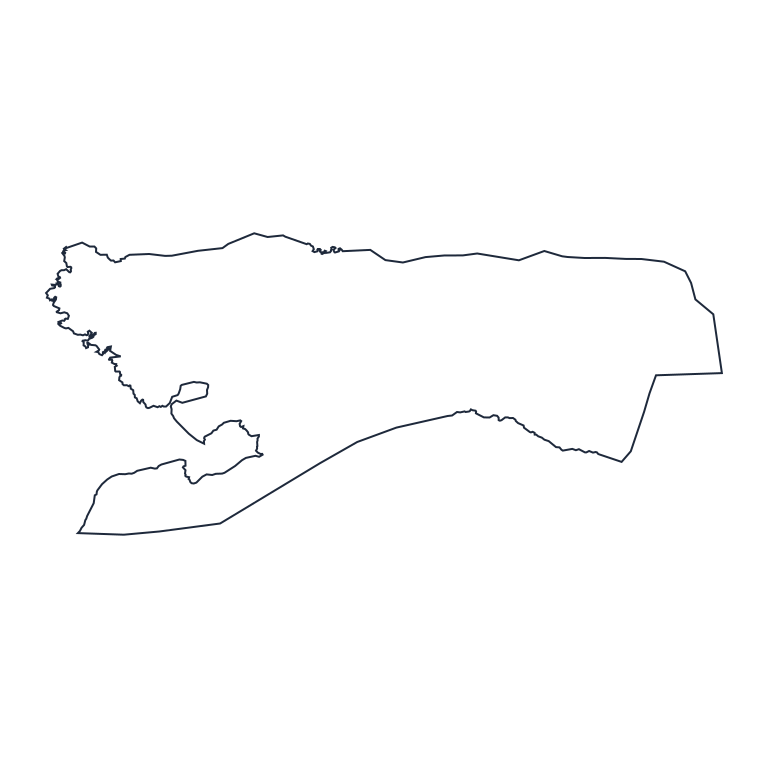 Tes, Uvs, Mongolia
{"feature_id": "93677404B95477416374821", "entity_name": "Tes", "entity_type": "district", "adm_level": 2, "iso_a3": "MNG", "parent_name": "Mongolia", "parent_adm1": "Uvs", "projection": "robinson", "projection_center": [93.296, 50.387], "detail": "fine", "context": "isolated", "style": "outline", "palette": "slate", "viewbox_px": 768, "rotation_deg": 0, "n_neighbors": 0, "source": "geoboundaries", "source_scale": "gbopen_adm2", "svg_char_len": 5963}
<svg xmlns="http://www.w3.org/2000/svg" viewBox="0 0 768 768"><path d="M77.9,533.1L123.8,534.7L159.2,531.5L220.1,523.5L320.0,463.2L357.2,442.0L396.4,427.6L447.6,416.0L452.1,415.5L457.0,412.0L460.2,412.4L464.6,411.4L465.6,412.0L469.0,411.5L469.8,411.1L470.9,409.4L472.4,410.2L475.6,410.7L476.1,411.5L475.9,413.3L483.9,417.4L489.6,417.5L493.4,415.2L497.1,415.8L498.6,417.6L498.7,420.2L499.9,420.7L501.5,420.2L505.2,417.4L507.9,417.4L509.5,418.1L513.0,418.0L515.4,419.7L515.8,421.0L518.1,423.1L523.6,425.5L524.0,427.7L529.8,432.0L530.9,432.4L532.6,431.8L534.6,432.8L534.7,434.6L536.2,434.6L538.2,436.3L541.8,437.6L544.4,439.7L548.7,441.1L556.0,447.1L559.5,447.4L561.4,449.7L562.8,450.6L572.3,448.9L575.9,450.2L578.9,449.2L585.0,452.4L586.3,452.4L589.1,451.0L593.0,452.6L595.7,452.0L597.1,452.5L598.0,453.8L599.0,454.3L621.6,461.9L630.8,451.3L644.1,411.8L649.5,393.4L656.0,375.3L721.9,373.1L713.3,314.3L695.4,299.4L691.1,283.0L685.2,271.3L664.0,261.7L641.4,259.0L625.3,258.9L605.0,257.9L584.6,258.0L567.6,257.0L562.2,256.3L544.3,251.0L518.9,260.3L477.2,253.5L462.9,255.4L444.0,255.5L425.5,257.1L402.9,262.5L385.4,260.1L370.3,249.9L342.7,251.2L341.7,249.7L340.0,248.3L338.6,248.9L338.6,250.3L339.5,250.5L338.9,251.4L335.0,252.5L334.5,252.3L333.4,249.9L335.5,248.0L334.8,247.3L332.6,246.9L331.2,247.8L331.6,249.1L330.9,250.2L331.1,250.9L330.0,252.3L326.0,252.9L325.0,252.1L325.8,251.1L324.7,250.7L324.1,251.7L324.2,252.8L322.5,252.3L322.3,253.2L322.9,253.6L322.1,254.0L321.5,253.7L321.4,252.5L320.0,251.6L319.8,250.8L320.7,249.9L319.9,249.0L317.8,249.0L317.4,249.6L317.8,250.6L317.4,251.3L314.4,252.1L312.6,251.1L313.8,249.2L313.5,248.2L312.9,246.5L311.0,245.6L309.8,243.9L307.8,243.5L306.7,244.2L285.3,236.7L283.1,235.4L267.6,237.0L254.2,233.3L228.3,243.9L222.5,248.1L198.0,250.8L171.9,255.7L165.2,255.9L149.1,254.0L129.5,254.8L125.4,257.0L124.8,258.6L120.7,259.0L120.8,261.1L115.1,262.3L113.5,260.5L111.0,260.6L109.8,259.6L107.8,257.6L106.8,254.7L100.4,254.8L96.0,251.9L96.2,248.4L94.4,246.5L89.6,246.5L82.1,242.6L66.7,247.9L66.1,247.0L63.9,248.7L64.2,249.1L65.3,248.6L64.9,249.6L65.6,250.1L63.8,250.4L63.5,250.9L64.2,251.7L62.3,251.6L65.8,253.7L62.6,252.6L62.2,253.0L64.5,256.0L64.8,257.4L64.2,261.1L66.3,263.0L66.9,266.3L67.5,267.0L70.5,266.8L71.2,267.3L71.3,268.3L70.7,269.5L71.0,271.2L70.3,272.3L69.3,272.2L66.2,269.2L64.0,270.2L61.5,270.2L60.0,271.0L57.6,273.8L58.4,276.5L59.9,277.2L60.1,277.8L58.9,278.5L57.3,278.4L56.7,279.0L58.3,279.3L57.2,280.2L57.8,281.6L60.3,282.5L60.1,283.5L60.7,284.3L60.7,286.0L60.0,286.6L58.9,286.2L58.5,285.3L58.5,283.2L56.5,283.4L56.6,284.4L55.4,284.9L51.8,284.6L52.1,285.4L55.0,286.0L55.0,287.4L54.1,288.1L50.1,288.8L46.1,293.0L47.8,295.3L46.9,297.7L49.4,298.6L50.0,300.3L51.8,299.4L52.2,300.8L52.8,300.8L53.9,299.2L54.2,297.7L55.2,296.8L56.2,297.3L55.9,299.5L53.7,302.7L53.0,305.0L53.8,306.0L59.4,308.4L59.0,310.1L56.7,311.7L56.8,312.2L60.5,313.3L64.3,312.3L67.3,313.3L68.9,315.8L67.8,318.9L65.7,318.6L64.8,319.2L64.9,319.8L64.2,320.8L62.3,320.5L58.4,322.0L58.6,322.7L60.7,322.6L61.1,323.3L60.6,323.6L58.9,323.2L58.3,323.5L58.3,324.0L60.2,325.8L64.5,328.0L66.0,328.4L68.4,327.9L73.1,331.3L73.9,333.4L77.8,334.8L80.3,334.6L83.0,335.3L85.0,334.4L86.5,335.2L87.6,334.9L88.3,333.5L87.8,331.7L89.4,330.7L91.8,332.9L89.5,336.1L89.4,336.7L90.0,336.9L93.8,334.2L94.8,332.9L95.7,332.8L95.7,334.1L93.7,335.3L93.4,336.8L92.3,337.7L89.1,338.9L88.2,340.2L87.2,340.6L85.4,340.2L82.7,340.7L82.5,341.2L83.7,342.1L83.6,345.4L85.5,346.5L86.1,348.1L88.0,347.3L88.1,345.4L88.8,344.9L87.5,344.0L87.3,342.9L88.0,342.6L91.0,344.9L95.5,345.3L96.6,346.0L99.2,349.5L98.8,350.5L96.5,351.8L98.2,352.1L99.4,354.1L102.0,355.2L103.0,354.0L102.9,352.2L103.3,351.9L104.8,353.0L105.5,351.7L105.0,350.5L105.3,349.7L106.4,349.4L106.1,350.6L106.5,351.3L108.6,349.3L108.6,348.6L107.1,347.7L107.4,347.2L110.9,346.5L110.1,350.9L116.1,354.9L120.7,356.4L110.2,357.6L109.0,359.4L109.2,359.8L111.9,359.6L112.3,360.6L111.8,362.6L114.4,364.0L116.2,364.1L116.1,365.0L116.7,365.7L114.8,366.8L115.2,371.0L115.7,371.5L119.5,371.5L119.9,371.9L120.1,374.0L121.2,374.8L121.1,375.7L120.1,376.0L119.4,377.3L119.1,380.2L122.4,382.4L122.6,384.2L124.0,385.3L126.8,385.2L128.8,386.2L129.8,385.4L130.4,385.6L130.8,388.7L133.2,390.2L133.5,393.7L134.7,394.8L134.9,397.4L136.7,398.3L137.7,401.3L139.9,403.2L141.2,400.6L142.4,399.6L143.1,399.8L143.3,402.1L145.5,404.5L145.9,406.6L146.5,407.5L148.0,408.1L149.5,407.8L153.5,405.8L157.6,407.2L159.4,406.2L160.8,406.9L162.4,405.8L163.7,406.5L166.1,406.5L169.8,403.0L172.2,396.8L177.6,395.1L178.6,393.7L180.2,389.2L180.7,385.8L181.8,384.9L193.9,381.9L196.6,382.5L199.9,382.3L206.8,383.7L208.2,385.0L208.1,387.2L207.0,390.0L207.2,393.7L205.9,396.4L182.3,402.8L176.4,400.6L171.7,404.2L170.8,406.3L171.6,409.2L171.4,413.6L173.2,416.1L174.0,418.2L176.8,421.6L188.8,433.7L196.8,440.1L204.1,443.7L203.9,441.1L204.9,439.6L204.1,438.1L204.7,436.7L211.4,433.3L213.4,430.6L216.6,429.7L218.7,426.4L222.1,424.5L223.8,422.8L230.6,420.8L236.5,421.2L240.3,420.4L241.2,421.1L239.6,423.9L240.1,426.3L241.1,427.0L243.4,426.1L243.0,428.4L245.2,429.1L246.6,430.5L248.1,432.4L248.2,433.8L248.9,434.7L251.5,436.2L258.9,435.0L258.9,436.5L257.5,438.6L257.6,440.3L257.1,442.0L257.4,446.1L257.0,446.5L257.1,448.6L256.0,450.7L257.8,452.6L260.6,454.0L262.2,453.9L262.6,454.7L259.1,456.8L255.5,455.8L245.9,457.9L242.0,460.2L235.1,466.0L224.5,472.8L222.1,473.6L215.8,473.8L212.2,475.0L206.6,474.4L202.3,476.7L196.4,482.6L193.8,483.5L191.6,483.2L190.4,482.1L189.4,479.5L188.6,479.0L189.1,477.2L186.2,476.6L185.3,475.8L185.6,474.6L185.0,473.6L185.5,470.2L182.9,467.4L183.5,466.4L185.5,465.7L185.4,460.9L183.1,459.9L179.4,459.5L161.4,464.5L158.7,466.0L156.9,468.4L154.8,468.6L150.7,467.7L137.2,470.8L134.2,472.8L131.7,473.7L128.9,473.5L125.2,474.2L119.0,474.0L111.7,476.5L107.2,479.5L102.0,484.2L97.5,490.2L96.9,491.4L96.5,494.4L94.8,495.3L93.7,503.2L87.1,516.1L86.3,518.7L85.3,520.2L84.1,524.9L81.6,527.7L79.9,531.0L77.9,533.1Z" fill="none" stroke="#1e293b" stroke-width="2"/></svg>